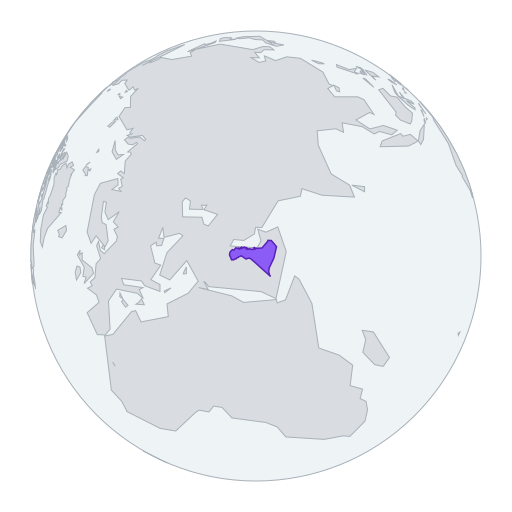 globe centered on Ash Sharqiyah, rotated 304°
{"feature_id": "SAU-1098", "entity_name": "Ash Sharqiyah", "entity_type": "Region", "adm_level": 1, "iso_a3": "SAU", "parent_name": "Saudi Arabia", "parent_adm1": "", "projection": "orthographic", "projection_center": [49.771, 23.094], "detail": "fine", "context": "on_globe", "style": "filled", "palette": "violet", "viewbox_px": 512, "rotation_deg": 304, "n_neighbors": 0, "source": "natural_earth", "source_scale": "10m", "svg_char_len": 13282}
<svg xmlns="http://www.w3.org/2000/svg" viewBox="0 0 512 512"><g transform="rotate(304 256 256)"><circle cx="256" cy="256" r="225" fill="#eef3f6" stroke="#a8b0b8"/><path d="M309.7,37.2L306.6,36.5L304.8,36.1L311.4,37.7L313.0,38.4L303.6,36.0L305.5,37.2L288.0,34.3L264.9,31.0L253.3,31.2L224.5,33.1L225.2,33.2L214.8,34.9L211.7,35.9L207.2,36.6L208.7,36.9L213.4,36.1L215.6,36.2L214.2,36.9L208.3,37.7L208.1,37.4L205.6,38.1L203.2,38.3L203.6,38.6L196.6,39.9L201.5,39.8L194.1,41.9L190.0,42.5L193.2,40.8L191.8,40.1L208.3,35.8L225.1,32.8L242.0,31.2L259.1,30.7L276.1,31.6L293.0,33.8L309.7,37.2ZM155.7,54.3L155.9,54.3L164.4,50.4L165.8,50.0L173.4,47.3L169.2,49.7L161.0,53.7L154.5,56.3L150.7,58.4L154.4,57.9L139.9,65.5L126.2,75.8L122.8,77.9L120.4,77.5L126.7,71.8L125.0,72.7L140.0,62.9L155.7,54.3ZM123.0,74.1L122.5,74.8L113.9,81.2L111.2,83.5L109.9,84.9L111.9,83.5L108.3,86.5L108.1,86.0L111.4,83.2L112.7,82.1L123.0,74.1ZM31.2,271.3L32.6,283.4L34.4,296.2L34.7,298.3L31.2,271.3ZM175.2,46.3L174.3,46.8L173.3,47.0L175.2,46.3ZM179.3,44.8L178.9,44.7L180.8,44.0L181.0,44.1L179.3,44.8ZM320.8,40.3L321.9,40.9L319.0,39.8L320.8,40.3ZM179.5,45.1L184.2,42.8L187.5,41.7L191.3,41.1L179.5,45.1ZM321.4,40.9L324.3,42.8L328.7,44.1L317.7,42.1L318.9,40.7L314.5,39.0L319.0,40.4L321.4,40.9ZM215.4,35.6L210.4,36.5L215.9,35.2L215.4,35.6ZM218.4,34.9L232.0,32.2L238.8,31.8L232.8,32.6L242.6,32.0L239.2,33.0L233.1,33.6L229.4,33.5L230.9,34.1L218.4,34.9ZM311.2,41.0L310.3,41.3L309.2,40.5L311.2,41.0ZM216.9,36.1L219.0,35.4L225.0,34.9L221.8,36.3L220.9,36.0L216.9,36.1ZM246.8,31.5L250.7,31.6L249.1,32.4L250.4,32.7L239.7,33.0L246.8,31.5ZM218.9,36.5L220.0,37.1L216.0,38.0L215.2,36.8L218.9,36.5ZM227.9,34.3L230.6,34.2L228.1,34.7L227.9,34.3ZM202.2,42.7L204.6,41.4L208.0,41.0L202.2,42.7ZM220.8,37.2L222.2,36.9L223.7,36.7L223.7,37.4L220.8,37.2ZM239.3,33.8L237.8,34.2L243.5,33.6L242.5,34.5L235.6,34.7L238.2,35.0L237.9,35.4L232.6,35.2L239.3,33.8ZM228.4,37.6L219.2,38.7L214.0,40.9L210.9,41.3L219.9,37.7L228.4,37.6ZM231.3,36.2L228.8,37.1L226.2,36.8L226.3,36.1L231.3,36.2ZM244.3,35.2L247.7,33.7L249.1,33.8L244.3,35.2ZM227.4,38.2L229.6,38.0L227.3,38.4L227.4,38.2ZM239.7,36.1L240.7,35.5L242.2,35.5L239.7,36.1ZM233.2,38.1L230.3,38.4L230.2,37.8L233.2,38.1ZM236.6,37.2L238.5,37.5L232.0,37.4L236.8,36.9L236.6,37.2ZM241.0,36.2L242.2,36.1L240.4,36.5L241.0,36.2ZM235.0,40.6L226.8,40.7L226.8,39.2L234.7,39.2L235.0,40.6ZM59.5,273.1L54.9,236.2L60.5,225.9L63.9,211.1L105.0,175.3L111.0,181.2L140.3,183.9L143.4,186.7L137.1,197.5L156.7,217.2L166.5,209.0L187.2,220.6L202.8,222.2L213.5,201.2L187.9,197.9L186.4,186.8L209.1,180.3L231.9,184.1L232.0,179.9L220.1,169.4L227.7,162.7L216.2,165.3L219.1,169.8L211.9,171.9L208.9,167.9L211.7,165.5L205.5,162.9L193.6,176.1L195.2,182.1L177.6,182.1L178.6,192.4L172.9,196.2L169.1,180.3L171.3,175.1L162.2,157.1L158.2,162.4L166.6,180.0L162.9,178.0L157.6,186.4L158.7,178.5L150.6,158.9L136.3,158.8L113.8,175.9L106.3,175.2L102.1,168.4L114.6,147.7L129.8,151.8L134.5,145.5L135.1,134.3L139.7,136.9L141.8,133.1L147.9,134.5L160.2,127.8L167.0,128.6L175.4,118.1L180.0,117.3L173.7,123.6L173.0,128.8L190.3,131.9L194.6,130.2L198.7,123.3L202.9,125.5L204.6,118.6L216.3,117.8L203.5,113.2L207.9,106.2L216.9,101.9L216.0,99.0L201.5,106.1L197.7,109.8L198.2,114.2L185.9,124.9L179.2,125.7L183.3,112.2L174.3,112.2L181.4,102.6L216.5,87.7L229.2,86.3L242.9,98.1L237.9,101.9L230.5,99.4L234.1,108.0L235.4,104.2L238.9,106.3L244.0,100.9L246.7,102.2L246.9,95.2L250.9,96.2L250.7,100.7L261.6,94.5L270.7,95.7L271.9,93.8L270.5,91.4L283.0,95.0L283.3,93.4L279.3,91.6L277.3,87.5L278.7,82.0L282.9,83.5L283.0,85.7L289.6,93.0L289.2,99.2L291.1,99.4L292.4,94.4L284.4,85.4L284.0,81.7L288.6,85.4L286.9,83.7L288.0,82.4L293.1,82.7L288.4,78.5L295.1,64.4L305.7,64.4L309.0,68.8L318.2,62.8L329.3,64.6L325.6,62.7L327.5,59.4L324.1,58.7L322.4,57.7L325.7,50.7L329.8,50.8L327.0,47.0L325.1,46.2L322.0,45.8L317.7,42.1L328.7,44.1L332.5,45.7L336.8,46.4L344.8,50.2L353.3,54.2L359.5,58.9L365.7,62.2L366.7,62.2L375.9,67.2L391.5,78.7L374.6,69.2L350.3,55.1L359.9,60.4L356.4,59.4L359.0,61.7L365.9,65.9L367.5,66.2L371.8,76.4L385.7,90.9L387.8,87.8L393.9,90.7L411.6,107.8L425.3,137.9L433.5,144.6L437.2,150.3L436.9,155.7L431.6,147.4L427.2,146.2L424.2,141.0L422.1,147.9L417.7,141.0L418.2,150.4L423.1,155.0L426.6,151.0L428.9,162.9L438.4,170.2L444.7,182.2L445.9,208.7L439.5,220.3L440.2,224.5L434.9,221.9L432.0,232.3L444.9,251.4L446.0,258.1L439.3,274.6L438.5,269.9L424.7,262.8L425.0,279.4L435.5,288.7L439.3,302.7L432.4,300.8L428.3,288.7L423.3,285.8L422.6,271.7L414.6,252.9L407.5,259.4L406.1,251.0L394.0,236.7L382.7,245.6L366.1,272.4L367.1,294.0L359.9,304.7L343.3,276.7L337.5,256.4L330.4,259.4L314.1,243.5L282.9,244.9L279.5,239.6L273.4,242.4L262.1,237.2L257.2,228.3L249.9,229.0L263.3,252.3L271.2,251.7L279.2,242.5L281.3,250.9L292.3,257.8L276.6,278.6L231.9,296.4L229.3,280.1L204.1,233.8L205.8,228.9L205.8,228.3L205.6,227.3L201.5,235.1L197.7,226.0L209.4,258.2L210.6,271.7L231.3,297.3L228.9,299.7L236.1,305.0L261.2,299.2L260.9,304.6L248.0,328.8L214.8,359.5L220.3,380.4L219.6,397.2L201.2,406.5L205.2,418.8L196.0,422.0L197.0,428.5L191.0,434.4L180.0,438.7L158.9,434.7L155.7,428.9L142.2,415.2L122.7,382.0L126.1,369.0L123.4,357.1L108.3,326.7L111.5,312.5L107.9,304.9L100.3,304.1L96.4,295.0L92.0,293.2L66.0,287.3L59.5,273.1ZM87.8,196.5L86.0,200.7L86.0,200.8L87.8,196.5ZM254.2,199.6L269.0,200.9L265.3,187.1L270.7,186.7L267.5,182.4L265.0,186.1L257.6,174.6L265.0,170.9L264.8,165.1L259.8,164.5L247.4,173.3L257.9,189.5L253.2,195.0L254.2,199.6ZM114.0,81.2L113.9,81.4L111.8,83.2L111.5,83.4L114.0,81.2ZM110.9,87.0L105.2,91.8L109.0,88.2L107.4,88.9L113.4,82.8L121.3,78.7L116.7,81.4L110.9,87.0ZM123.5,74.3L118.9,78.1L123.7,74.1L123.5,74.3ZM147.6,113.2L148.4,116.3L144.3,120.0L135.7,120.6L141.6,115.1L147.6,113.2ZM150.6,119.9L157.1,107.2L162.6,106.9L158.4,109.1L161.5,110.1L155.5,114.1L154.5,126.8L150.8,131.0L137.0,128.9L143.5,127.0L142.3,123.9L150.6,119.9ZM163.7,81.2L166.5,77.3L174.9,81.3L171.3,84.6L162.5,85.1L161.7,81.5L163.7,81.2ZM185.2,45.2L185.8,44.5L187.4,44.1L188.3,44.4L185.2,45.2ZM203.1,42.1L184.5,48.2L184.2,47.6L173.7,52.6L168.8,53.2L175.8,49.7L164.1,54.3L168.5,51.5L160.7,55.0L176.7,47.2L180.1,45.3L178.2,47.1L182.6,46.6L185.5,45.8L196.4,42.3L205.9,38.6L211.8,38.0L213.4,38.6L212.0,39.4L208.6,39.4L209.2,40.5L203.3,41.2L203.1,42.1ZM229.1,54.2L225.7,52.4L225.9,57.4L219.9,57.0L220.3,57.6L214.8,58.8L208.9,61.5L206.6,60.9L205.3,62.2L201.6,63.3L199.0,65.0L194.0,64.8L190.4,67.0L190.1,65.7L185.3,69.7L186.6,66.7L182.0,68.2L183.1,70.3L162.4,67.8L152.7,70.1L143.9,73.9L147.4,69.0L157.9,62.6L171.2,56.8L180.0,55.8L180.0,54.1L184.2,53.2L182.5,54.9L187.7,51.8L190.7,51.7L202.5,48.4L208.2,44.8L212.7,43.8L212.0,45.2L216.9,43.3L218.6,45.3L221.8,44.8L226.7,46.6L223.4,50.0L227.3,49.2L231.2,50.9L229.1,54.2ZM236.2,41.1L233.6,44.6L229.1,46.3L222.5,42.6L219.4,42.8L215.0,41.1L221.6,38.9L222.2,39.5L224.4,39.6L221.5,40.2L225.5,39.8L226.5,40.8L229.8,40.9L228.1,41.9L236.2,41.1ZM148.9,183.4L151.6,184.6L156.4,185.1L153.1,190.7L148.9,183.4ZM143.0,170.1L145.8,170.0L143.5,177.5L140.6,176.5L143.0,170.1ZM149.3,163.9L146.1,169.4L146.1,165.8L149.3,163.9ZM176.5,123.3L179.7,123.1L179.3,124.8L176.6,127.0L176.5,123.3ZM228.3,71.2L227.1,69.4L228.5,68.9L230.4,64.4L234.9,64.7L235.6,67.5L228.3,71.2ZM208.0,204.4L202.4,208.1L200.5,205.8L202.8,205.0L208.0,204.4ZM175.6,199.5L182.1,203.4L174.6,201.0L175.6,199.5ZM233.6,70.8L233.8,68.9L235.9,70.3L233.6,70.8ZM238.4,64.8L241.2,66.0L235.7,64.3L238.4,64.8ZM304.9,466.7L307.0,467.6L303.3,468.2L304.9,466.7ZM258.7,395.7L246.5,423.4L235.6,423.2L232.3,415.2L235.9,398.4L248.1,393.7L253.8,385.6L258.7,395.7ZM463.7,321.4L465.8,320.2L465.5,321.2L463.7,321.4ZM461.6,320.2L464.4,318.2L460.8,322.7L461.6,320.2ZM465.4,317.4L468.2,313.2L469.4,310.6L469.0,312.7L465.4,317.4ZM459.5,321.8L446.3,329.7L440.5,330.3L442.4,326.1L451.8,321.9L459.5,321.8ZM441.9,326.2L432.4,320.9L416.0,297.8L422.0,296.3L438.4,307.5L437.5,310.9L443.2,316.0L441.9,326.2ZM463.0,296.2L461.9,305.8L455.1,309.6L451.7,310.1L449.5,299.8L450.8,293.0L453.7,291.6L462.4,264.8L466.0,267.4L463.9,278.0L466.6,284.1L463.0,296.2ZM368.3,295.8L374.2,307.2L370.0,310.1L368.3,295.8ZM464.0,247.9L461.8,259.4L463.2,245.1L464.0,247.9ZM463.7,235.3L464.8,239.6L462.6,236.4L463.7,235.3ZM441.9,230.8L438.9,233.5L437.9,230.4L441.1,225.1L441.9,230.8ZM449.4,192.5L452.8,201.7L453.5,205.2L450.5,200.4L449.4,192.5ZM272.9,74.7L265.2,80.1L262.7,85.1L266.0,89.3L258.0,86.2L261.9,78.4L272.9,74.7ZM291.9,65.3L289.0,62.3L292.4,62.6L293.5,63.3L291.9,65.3ZM288.6,64.3L281.0,62.8L280.7,60.5L286.8,62.1L288.6,64.3ZM257.1,65.8L254.5,67.2L252.8,66.0L257.1,65.8ZM435.1,392.6L427.3,401.8L425.2,403.1L430.2,396.8L437.1,382.5L438.2,382.0L443.0,371.1L456.7,352.8L467.8,327.8L470.2,324.6L475.2,307.2L475.9,305.1L471.8,320.8L466.6,336.1L460.2,351.0L452.9,365.5L444.5,379.4L435.1,392.6ZM468.8,317.3L472.4,307.3L473.6,305.1L468.8,317.3ZM480.1,278.6L479.1,281.3L478.9,278.1L479.8,273.4L478.3,273.6L480.1,267.7L480.3,274.8L481.0,265.8L481.1,264.8L480.1,278.6ZM478.9,286.8L479.1,286.2L478.6,289.4L478.9,286.8ZM475.4,286.8L475.1,289.4L474.5,288.5L475.4,286.8ZM476.4,284.1L478.0,283.6L476.1,286.4L476.4,284.1ZM468.2,284.8L469.2,289.6L472.1,283.2L469.8,290.6L471.2,298.1L470.2,302.3L469.0,293.9L467.6,305.1L466.2,306.1L466.1,297.8L467.8,285.6L469.1,279.9L474.0,273.0L468.2,284.8ZM476.6,277.1L476.0,271.3L476.3,266.3L477.0,268.9L476.6,277.1ZM473.2,257.7L470.4,252.1L468.7,256.9L471.1,242.5L473.6,250.1L473.2,257.7ZM469.3,242.7L467.9,247.1L468.7,239.1L469.3,242.7ZM467.0,245.0L465.8,239.9L467.4,239.2L467.0,245.0ZM470.2,242.0L468.9,232.7L470.6,237.3L470.2,242.0ZM462.5,228.7L467.7,234.4L462.6,234.5L457.9,217.6L459.7,215.6L462.5,228.7ZM444.2,152.8L441.3,148.7L441.7,146.2L443.6,149.7L444.2,152.8ZM440.2,136.1L440.8,144.3L440.8,151.7L442.9,152.7L446.6,161.1L441.2,155.5L438.1,144.8L438.9,140.7L434.9,134.1L433.0,128.2L427.1,121.1L425.0,117.2L430.5,122.6L440.2,136.1ZM424.5,118.3L413.6,105.7L416.2,104.9L419.2,107.5L423.1,113.4L421.5,113.4L424.5,118.3ZM411.8,102.6L410.1,102.7L390.6,88.1L387.1,85.0L403.3,94.7L402.6,95.5L407.0,99.5L411.8,102.6ZM312.7,42.0L310.5,41.4L312.5,41.5L312.7,42.0ZM320.5,57.4L318.6,56.0L320.9,55.9L320.5,57.4ZM314.6,52.2L313.3,53.2L312.9,51.4L314.6,52.2ZM310.7,55.8L311.9,53.3L313.2,56.7L310.7,55.8Z" fill="#d9dde1" stroke="#a8b0b8" stroke-width="1"/><path d="M259.7,249.5L260.0,249.9L260.1,250.1L260.3,250.2L260.5,250.2L260.9,250.2L261.2,250.0L261.4,250.0L261.5,250.0L261.4,250.1L261.5,250.2L261.5,250.4L261.7,250.1L261.8,250.1L261.8,249.9L261.9,250.0L262.0,250.0L262.0,250.3L261.9,250.3L261.8,250.5L261.6,250.6L261.5,250.8L261.5,251.0L261.4,251.1L261.6,251.2L261.8,251.1L262.1,251.2L262.3,251.3L262.5,251.5L262.5,251.9L262.5,252.0L266.0,256.5L275.3,257.5L275.6,257.2L277.3,259.8L277.4,260.0L275.2,267.8L264.2,272.0L253.6,273.6L253.3,273.7L250.1,275.3L247.8,278.0L247.3,279.3L247.2,279.5L248.5,269.9L249.6,262.2L250.7,253.8L250.7,252.9L250.7,252.4L250.6,252.1L250.4,251.8L250.3,251.5L250.2,251.3L249.3,250.4L248.0,249.5L248.0,249.4L247.9,249.3L247.9,249.1L247.9,243.8L247.8,243.6L247.7,243.5L247.7,243.4L246.5,242.9L246.4,242.8L246.3,242.7L245.7,242.1L245.0,242.1L244.8,242.1L244.7,242.0L243.8,241.3L243.6,241.2L243.4,241.2L242.7,241.1L242.3,240.9L242.0,240.6L241.8,240.3L241.7,240.2L241.3,240.2L241.2,240.1L240.2,239.5L240.1,239.4L240.0,239.2L239.9,238.9L239.8,238.7L239.7,238.5L239.4,238.3L239.2,238.1L239.2,237.9L239.2,237.7L239.3,237.5L239.4,237.4L240.0,236.7L240.2,236.4L241.5,234.2L241.7,233.9L242.0,233.6L242.3,233.3L242.8,233.0L244.5,232.4L244.9,232.3L248.0,232.8L248.2,233.1L248.3,233.7L248.4,234.0L248.5,234.3L248.7,234.5L251.4,234.6L251.5,234.7L251.6,234.8L251.6,235.0L251.7,235.3L251.7,235.5L252.0,235.9L252.0,236.0L251.9,236.1L252.0,236.2L252.1,236.5L252.3,236.6L252.6,236.7L252.6,236.8L252.4,236.8L252.5,237.0L252.8,237.2L252.9,237.4L252.9,237.5L252.8,237.8L252.8,237.7L252.8,237.4L252.8,237.5L252.7,237.6L252.7,237.4L252.6,237.7L252.6,237.8L252.7,237.7L252.7,237.9L252.8,237.9L252.8,238.0L252.7,238.2L252.8,238.3L252.9,238.2L253.0,238.2L253.0,238.3L252.9,238.3L253.0,238.4L253.1,238.2L253.3,238.2L253.4,238.4L253.5,238.4L253.5,238.5L253.8,238.5L254.1,238.5L254.3,238.7L254.4,238.8L254.2,238.9L253.9,238.9L253.7,238.9L253.9,239.0L254.0,239.1L254.1,239.4L254.3,239.2L254.4,239.3L254.4,239.6L254.4,239.8L254.5,239.8L254.7,240.0L254.8,240.1L255.1,240.1L255.1,239.9L255.2,240.0L255.3,239.9L255.3,240.1L255.4,240.3L255.6,240.7L255.8,240.8L256.0,241.0L256.4,241.2L256.6,241.2L256.7,241.3L256.8,241.4L257.0,241.6L257.3,241.9L257.4,242.0L257.2,241.9L256.9,241.8L256.8,241.6L256.7,241.8L256.8,241.9L256.8,242.0L256.8,242.3L256.9,242.6L257.0,242.7L257.0,242.8L257.4,242.9L257.5,243.0L257.6,243.3L257.6,243.7L257.6,243.8L257.4,243.9L257.4,244.0L257.3,244.4L257.2,244.3L257.2,244.2L257.0,243.9L256.9,243.8L256.8,244.0L256.7,244.0L256.8,244.2L256.8,244.3L256.8,244.5L256.9,244.4L257.0,244.5L257.3,244.8L257.2,244.9L257.2,245.1L257.3,245.3L257.6,245.7L257.7,245.8L257.7,246.0L257.6,245.8L257.5,245.7L257.4,245.7L257.3,245.8L257.5,245.9L257.6,246.1L258.0,246.6L258.3,246.7L258.5,246.7L258.5,246.8L258.6,247.0L258.7,247.3L258.7,247.5L258.8,247.8L258.8,248.0L258.8,248.3L259.0,248.3L259.1,248.5L259.2,248.8L259.3,248.9L259.4,249.0L259.5,249.4L259.5,249.5L259.7,249.5ZM255.2,239.2L255.4,239.3L255.7,239.4L255.4,239.4L255.3,239.5L255.2,239.5L255.2,239.4L254.9,239.5L254.9,239.4L255.0,239.3L255.1,239.2L255.2,239.2Z" fill="#8b5cf6" stroke="#5b21b6" stroke-width="1.5"/></g></svg>